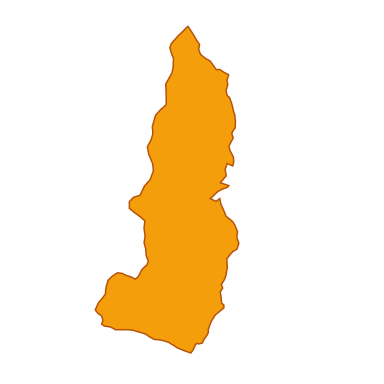 the district of Moni, Limassol, Cyprus, rotated 19°
{"feature_id": "46923920B25771108548129", "entity_name": "Moni", "entity_type": "district", "adm_level": 2, "iso_a3": "CYP", "parent_name": "Cyprus", "parent_adm1": "Limassol", "projection": "equal_earth", "projection_center": [33.204, 34.73], "detail": "fine", "context": "isolated", "style": "filled", "palette": "amber", "viewbox_px": 384, "rotation_deg": 19, "n_neighbors": 0, "source": "geoboundaries", "source_scale": "gbopen_adm2", "svg_char_len": 2206}
<svg xmlns="http://www.w3.org/2000/svg" viewBox="0 0 384 384"><g transform="rotate(19 192 192)"><path d="M149.6,346.3L152.9,347.3L158.5,346.2L161.4,346.5L164.5,347.1L167.5,346.1L170.9,344.9L174.4,343.7L177.5,342.7L181.0,342.0L185.2,341.8L190.0,341.5L194.2,341.4L198.8,342.7L204.3,343.7L208.1,342.7L211.4,342.0L216.5,341.8L219.5,341.8L221.1,342.4L224.4,342.9L228.6,344.1L232.8,344.4L237.4,344.6L241.2,344.6L243.3,344.6L244.6,340.4L244.6,339.0L244.9,336.6L244.9,334.9L246.4,333.5L247.9,333.4L250.9,331.5L251.3,328.1L252.7,322.9L253.2,319.8L252.1,316.4L252.2,312.0L252.4,307.9L253.2,304.4L254.0,300.9L255.6,298.2L258.5,293.3L259.9,291.2L258.8,288.4L256.3,287.5L255.1,285.1L253.6,281.6L251.2,277.3L252.3,272.8L249.8,269.9L250.8,266.0L251.2,263.7L251.2,259.1L250.5,255.6L250.2,252.6L246.7,243.9L248.6,238.0L250.4,234.5L253.2,231.2L253.0,225.3L249.1,220.2L248.0,214.8L243.7,209.8L240.4,206.9L236.8,205.5L232.0,203.8L228.4,199.5L223.4,194.2L220.4,189.2L217.8,193.0L211.5,192.4L216.2,183.2L219.6,179.5L223.8,176.2L224.8,174.0L215.8,174.0L219.1,165.5L216.0,159.9L216.0,153.6L222.0,154.1L221.7,150.3L221.1,148.4L219.7,145.4L214.4,140.4L212.0,136.8L212.8,130.8L213.4,127.5L210.5,123.7L211.1,119.8L212.0,117.4L210.2,111.4L207.3,105.1L205.0,102.2L204.1,100.5L200.4,95.0L196.7,90.5L193.8,89.3L191.2,85.0L190.9,79.0L188.7,75.0L188.5,69.2L183.1,68.4L178.4,67.1L175.1,68.4L166.5,62.2L161.2,61.3L155.4,59.2L151.9,55.1L151.1,50.0L147.8,47.7L142.2,42.8L134.3,36.7L133.4,38.1L130.8,43.6L127.9,49.2L124.1,58.3L124.1,62.7L127.2,67.3L131.0,71.8L133.5,80.0L134.3,85.9L132.0,98.4L135.3,106.7L138.5,115.7L139.0,118.3L135.3,124.7L132.6,131.3L133.2,143.2L135.1,147.3L136.1,150.2L136.3,156.0L135.1,163.9L138.8,170.3L145.7,178.2L148.6,184.6L148.4,194.0L145.1,201.8L143.9,212.1L138.4,216.1L135.9,221.5L138.1,227.9L144.9,230.4L150.7,232.1L156.9,234.7L158.4,241.8L162.2,249.5L163.2,255.6L166.5,260.4L169.4,267.0L173.2,271.7L173.1,275.7L171.3,278.7L169.8,281.9L168.7,289.8L166.6,292.9L162.8,292.2L157.0,292.2L152.6,291.7L147.9,292.6L144.3,297.1L141.4,302.7L141.6,308.2L142.3,312.7L143.3,316.4L142.1,320.8L139.6,327.1L138.9,335.0L142.3,337.2L147.0,338.7L149.5,342.3L149.6,346.3Z" fill="#f59e0b" stroke="#b45309" stroke-width="1.5"/></g></svg>